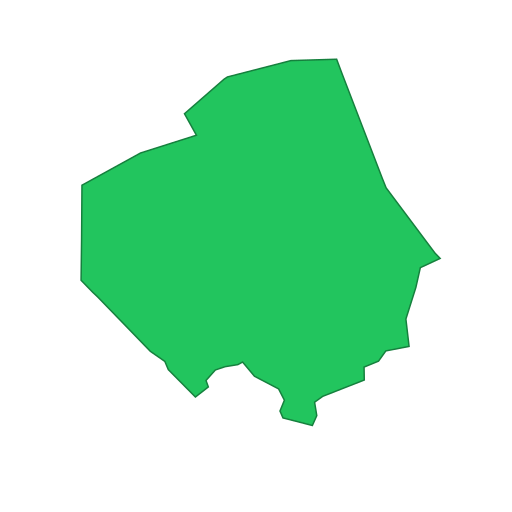 the district of Luzerne, Pennsylvania, United States of America, rotated 71°
{"feature_id": "52423323B94155406981668", "entity_name": "Luzerne", "entity_type": "district", "adm_level": 2, "iso_a3": "USA", "parent_name": "United States of America", "parent_adm1": "Pennsylvania", "projection": "albers", "projection_center": [-75.889, 41.165], "detail": "fine", "context": "isolated", "style": "filled", "palette": "green", "viewbox_px": 512, "rotation_deg": 71, "n_neighbors": 0, "source": "geoboundaries", "source_scale": "gbopen_adm2", "svg_char_len": 725}
<svg xmlns="http://www.w3.org/2000/svg" viewBox="0 0 512 512"><g transform="rotate(71 256 256)"><path d="M82.6,159.4L77.4,224.7L78.4,228.6L98.2,277.3L122.4,273.0L121.0,331.6L132.4,397.5L183.8,415.6L222.0,429.3L237.3,422.1L243.0,419.1L268.2,407.3L311.8,386.9L326.0,376.5L334.9,375.9L369.6,359.2L364.3,343.7L357.4,343.8L350.5,331.5L350.6,321.2L352.8,308.5L351.9,303.2L369.2,296.6L389.0,277.9L401.6,276.1L410.4,283.8L417.9,283.2L434.6,257.9L426.7,250.5L413.3,248.2L410.4,238.5L408.5,194.0L396.2,190.0L395.3,174.4L388.0,164.1L391.3,140.7L364.4,134.8L337.8,115.1L320.5,104.4L318.2,82.7L311.6,85.8L298.6,90.0L233.9,110.8L223.8,111.3L111.3,115.3L96.2,115.7L82.6,159.4Z" fill="#22c55e" stroke="#15803d" stroke-width="1.5"/></g></svg>